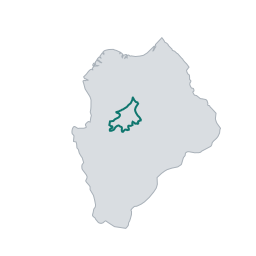 location of Nassarawa within Nigeria, rotated 135°
{"feature_id": "NGA-2867", "entity_name": "Nassarawa", "entity_type": "State", "adm_level": 1, "iso_a3": "NGA", "parent_name": "Nigeria", "parent_adm1": "", "projection": "albers", "projection_center": [8.322, 8.561], "detail": "fine", "context": "in_parent", "style": "outline", "palette": "teal", "viewbox_px": 256, "rotation_deg": 135, "n_neighbors": 0, "source": "natural_earth", "source_scale": "10m", "svg_char_len": 5411}
<svg xmlns="http://www.w3.org/2000/svg" viewBox="0 0 256 256"><g transform="rotate(135 128 128)"><path d="M200.5,58.6L207.3,67.8L208.8,74.7L209.4,78.1L210.5,78.5L212.6,78.6L214.1,79.3L215.1,80.4L215.6,81.5L215.8,82.1L215.4,86.3L214.9,87.8L215.2,89.8L215.1,90.7L214.9,91.3L214.0,92.0L212.7,92.7L209.7,94.7L208.9,95.0L207.6,95.1L206.5,95.6L205.2,96.7L202.5,100.7L200.1,104.7L198.4,111.2L196.3,113.3L196.0,115.1L195.7,119.1L195.4,120.3L195.0,120.7L192.7,121.5L191.4,122.4L190.6,124.3L189.7,130.5L189.4,131.6L188.6,132.6L187.5,133.8L186.4,134.5L183.8,134.9L181.3,139.6L181.3,140.5L180.2,144.7L178.3,147.9L178.2,150.0L175.8,152.8L174.6,154.8L175.9,156.8L176.0,157.1L171.9,160.5L171.6,161.0L171.5,163.4L171.1,164.0L170.4,164.9L169.3,165.8L168.1,166.6L166.8,167.1L165.6,167.3L164.9,167.0L164.5,166.3L163.8,163.4L163.4,162.8L162.6,162.3L159.4,159.1L157.4,158.0L157.0,158.1L156.7,158.4L156.1,160.0L155.6,160.6L154.6,160.8L152.8,160.8L151.5,160.6L151.2,160.3L150.6,159.0L146.6,161.9L145.2,162.6L143.4,166.0L140.9,167.7L139.2,169.2L134.5,173.8L133.6,175.2L132.7,177.2L130.7,185.9L127.5,191.4L127.1,192.5L126.9,192.5L126.5,193.0L125.2,192.7L124.7,191.6L123.9,191.5L122.6,190.0L122.3,190.3L123.7,194.0L123.2,195.5L119.2,195.5L115.8,196.0L113.5,195.9L112.3,195.4L111.8,194.0L111.6,194.1L111.5,194.9L110.7,195.5L108.1,195.6L107.0,194.6L106.0,193.6L105.0,193.1L105.2,193.5L106.3,194.6L106.2,196.1L104.1,197.8L102.7,197.9L101.9,197.2L101.5,195.9L101.3,194.1L100.7,192.9L100.4,192.9L100.8,194.9L100.8,196.7L101.8,198.2L100.2,198.6L98.4,198.6L98.2,198.1L97.9,196.9L97.6,196.6L97.2,198.6L93.4,199.2L92.9,199.1L92.8,198.7L93.1,198.1L93.0,197.2L92.1,197.9L92.0,199.3L91.5,199.5L90.1,199.3L88.5,198.6L85.9,196.9L82.8,194.0L82.3,192.7L81.4,191.1L79.8,186.8L80.1,186.6L80.9,186.8L81.2,186.4L79.9,186.1L79.6,185.8L79.6,184.8L79.6,183.7L81.6,183.1L82.1,182.4L82.3,181.7L79.9,182.7L77.6,181.5L77.1,180.7L77.4,180.2L80.0,180.1L81.0,179.6L80.4,179.4L79.4,179.4L79.0,179.0L79.1,178.2L78.7,178.4L78.3,179.1L76.8,179.7L75.9,179.1L75.8,177.8L75.6,177.2L74.8,176.8L72.2,173.3L68.8,170.5L65.8,168.5L61.3,167.5L51.8,167.4L51.3,167.1L51.9,166.7L52.7,166.4L55.8,164.9L55.3,164.6L52.1,165.6L51.0,165.7L49.6,167.6L40.2,167.9L40.3,167.0L40.7,164.5L41.3,162.8L40.7,160.7L40.6,158.7L41.0,158.2L41.1,157.4L41.1,152.6L41.6,151.9L41.7,151.4L40.7,149.3L40.7,147.7L40.6,146.1L40.3,145.4L40.7,139.5L40.6,138.0L41.0,136.9L41.2,134.4L41.2,131.9L41.8,127.9L45.8,127.4L46.8,125.9L47.4,123.9L47.2,122.0L48.6,120.3L50.1,118.8L50.1,117.1L50.5,116.6L51.3,116.2L52.3,116.1L53.5,115.2L54.2,113.8L54.9,111.5L53.9,109.9L53.9,109.5L54.3,108.6L54.9,107.8L55.4,107.5L56.6,107.7L56.9,107.4L57.7,104.8L57.7,104.2L56.6,102.4L56.1,97.8L55.8,97.2L55.0,96.3L52.8,93.0L52.8,91.5L53.8,89.5L54.4,88.6L55.3,88.1L55.4,87.6L55.2,87.0L54.8,86.6L54.7,85.7L55.1,84.5L55.0,83.1L55.3,76.2L57.1,74.8L59.8,72.6L61.1,70.2L61.8,68.4L62.8,62.4L64.2,61.8L66.8,59.7L70.4,58.4L72.7,58.1L76.7,58.3L78.8,58.1L80.5,57.0L81.3,56.7L82.4,56.5L92.5,59.6L93.4,59.5L94.1,59.7L95.4,60.5L98.4,63.4L101.5,67.9L102.4,68.9L103.4,69.4L104.4,69.6L105.1,69.6L105.9,69.1L106.8,68.3L108.3,67.9L109.5,68.0L115.8,64.6L116.4,64.5L120.3,65.3L125.5,68.7L129.8,70.9L132.9,71.7L136.4,72.2L142.5,72.4L147.0,67.5L148.7,66.5L150.7,65.5L155.0,64.6L162.0,63.9L168.6,64.1L172.7,64.9L177.1,66.5L178.9,68.0L181.9,68.2L184.0,67.9L184.6,66.4L186.7,64.4L189.9,62.5L192.4,61.2L194.5,60.6L196.4,59.1L197.9,58.7L200.5,58.6ZM108.4,197.5L106.9,198.0L106.0,197.9L107.3,195.9L107.9,196.3L108.8,196.5L108.4,197.5Z" fill="#d9dde1" stroke="#a8b0b8" stroke-width="1"/><path d="M142.7,138.9L142.3,139.5L141.7,139.9L141.3,139.9L140.8,139.9L140.4,139.7L140.0,139.7L139.6,139.5L138.9,139.2L138.5,139.4L138.3,139.7L138.1,140.1L138.1,140.6L138.9,141.6L138.9,142.3L138.9,142.6L139.0,142.9L139.1,143.3L138.8,143.5L136.6,145.0L136.1,145.4L133.3,143.3L132.8,143.4L131.1,143.4L130.1,143.1L127.1,142.1L125.1,142.4L124.3,143.1L124.1,144.1L124.4,145.2L125.1,146.7L125.2,147.2L125.0,147.5L124.9,147.5L124.7,147.4L124.2,147.0L123.5,146.7L123.2,146.3L122.7,146.2L122.3,146.1L121.8,146.0L121.0,145.6L120.6,145.4L119.3,145.2L119.1,145.1L118.4,144.7L117.8,144.5L116.8,144.4L116.3,144.3L115.6,144.0L114.6,143.9L113.9,143.7L113.7,143.7L111.4,143.9L108.8,143.6L108.3,143.7L105.3,144.7L104.5,145.2L104.4,145.3L104.1,145.5L103.6,145.9L103.3,146.0L103.1,146.0L103.2,145.4L103.3,144.8L103.6,144.3L103.8,143.9L104.0,141.7L104.0,140.7L103.2,139.4L103.6,138.5L103.7,138.0L105.9,137.6L108.0,137.1L109.9,136.1L110.5,135.4L111.0,134.6L111.7,132.8L112.4,129.8L112.3,128.3L112.4,127.4L112.7,125.8L113.0,125.3L113.3,125.2L113.4,124.9L113.3,124.6L113.7,124.4L114.0,124.8L114.3,125.0L114.8,124.9L115.1,125.2L115.4,125.2L115.6,125.3L116.1,125.5L116.6,125.2L117.2,124.2L118.1,124.0L118.6,124.5L118.7,124.8L118.7,125.2L119.2,125.6L119.8,125.9L119.9,127.7L120.3,129.1L121.5,128.5L122.3,127.3L122.7,126.9L123.2,127.1L124.5,127.5L125.1,128.2L125.4,128.5L125.6,128.9L126.0,129.2L126.5,129.2L127.2,128.5L127.6,127.7L128.0,126.8L128.6,126.2L129.4,126.6L130.1,127.1L130.4,128.1L131.1,128.9L132.0,129.0L133.0,129.0L133.3,129.0L133.5,128.9L134.0,128.8L134.4,129.0L134.7,129.4L134.6,129.8L134.4,130.3L133.7,131.1L133.4,131.5L132.9,131.7L132.5,132.2L132.1,132.6L131.9,133.3L132.2,134.0L132.5,134.5L132.6,135.1L132.6,135.8L132.9,136.5L134.1,137.1L135.0,137.3L136.4,137.4L137.8,137.1L138.7,136.8L139.6,136.9L141.3,137.6L142.1,138.1L142.7,138.9Z" fill="none" stroke="#0f766e" stroke-width="2"/></g></svg>